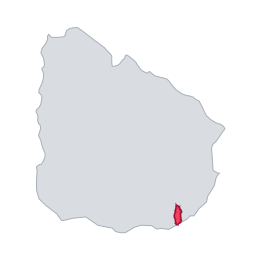 Aiguá, Maldonado, Uruguay shown in context, rotated 355°
{"feature_id": "84410073B87742847582616", "entity_name": "Aiguá", "entity_type": "district", "adm_level": 2, "iso_a3": "URY", "parent_name": "Uruguay", "parent_adm1": "Maldonado", "projection": "orthographic", "projection_center": [-54.554, -34.619], "detail": "fine", "context": "in_parent", "style": "filled", "palette": "rose", "viewbox_px": 256, "rotation_deg": 355, "n_neighbors": 0, "source": "geoboundaries", "source_scale": "gbopen_adm2", "svg_char_len": 4415}
<svg xmlns="http://www.w3.org/2000/svg" viewBox="0 0 256 256"><g transform="rotate(355 128 128)"><path d="M215.0,181.0L213.2,182.6L211.3,185.6L209.0,192.9L201.4,203.0L199.8,208.6L191.7,214.5L186.0,221.2L182.3,221.0L178.9,223.9L159.7,232.6L152.8,231.0L147.7,231.1L142.9,227.3L132.1,226.0L125.3,227.6L116.3,232.0L113.5,231.9L111.6,231.7L106.6,230.1L103.8,226.4L89.7,222.4L78.2,212.9L64.8,213.1L54.6,214.7L53.0,213.4L51.8,211.0L49.6,207.4L40.5,199.1L33.2,190.8L31.5,182.4L32.1,173.3L33.8,162.3L33.3,159.0L35.9,156.9L38.4,156.5L40.8,153.6L42.9,149.3L43.2,146.0L41.2,140.2L39.8,131.9L38.2,127.8L40.8,121.2L40.9,118.0L39.1,115.3L38.6,112.5L39.2,109.5L39.0,106.7L37.8,104.0L38.5,101.7L41.1,99.9L43.0,97.1L44.2,93.4L44.8,90.5L44.8,88.6L43.9,86.8L42.2,85.2L42.9,81.7L45.9,76.5L47.8,71.9L48.6,67.9L48.4,64.8L47.3,62.4L47.7,60.7L49.6,59.8L50.4,57.2L49.9,50.8L47.8,45.6L49.2,41.4L53.5,36.5L55.7,32.5L55.8,29.6L57.2,27.8L59.4,30.9L65.7,31.6L72.1,31.5L73.1,30.7L75.5,25.4L78.8,23.8L82.3,23.4L86.3,23.5L90.5,26.9L102.6,38.0L111.3,45.7L114.0,49.4L116.4,52.1L118.1,54.7L117.5,61.4L117.6,64.4L118.0,65.2L120.0,65.3L122.9,64.7L125.4,63.3L127.2,61.1L129.1,59.3L130.6,58.3L131.2,56.9L132.0,55.4L132.9,55.1L134.6,56.2L138.7,60.0L141.8,63.5L142.6,65.5L143.8,67.6L145.1,69.5L146.0,71.3L149.1,73.6L152.2,75.1L154.2,73.5L159.4,78.4L170.9,82.5L173.0,84.9L175.0,88.5L179.0,93.8L184.5,98.6L188.9,100.6L193.2,101.8L195.6,102.9L197.2,104.7L199.8,106.7L201.4,107.5L201.9,109.2L203.6,113.1L205.3,118.0L207.2,122.6L211.3,127.0L215.9,130.4L220.7,132.4L223.4,134.8L224.5,137.3L221.2,140.9L217.6,145.5L214.5,149.1L211.3,151.6L210.2,153.3L209.4,156.0L209.3,170.4L209.0,175.7L209.2,177.1L209.7,178.1L211.7,179.5L214.0,180.8L215.0,181.0Z" fill="#d9dde1" stroke="#a8b0b8" stroke-width="1"/><path d="M167.6,215.1L168.0,215.5L168.2,215.8L168.2,216.0L167.8,216.5L167.6,216.7L167.3,216.9L167.1,217.0L166.9,217.3L167.0,217.8L167.0,218.0L166.9,218.1L166.4,219.1L166.5,219.2L166.5,219.3L166.6,219.5L166.4,219.7L166.4,220.0L166.3,220.3L166.3,220.5L166.5,220.6L166.6,220.9L166.5,221.4L166.7,221.6L166.7,221.8L166.6,222.0L166.8,222.5L167.1,222.7L167.4,222.9L167.4,223.1L167.4,223.3L167.3,223.6L167.1,223.9L167.2,224.1L167.0,224.3L167.0,224.7L167.2,225.5L167.2,225.8L167.4,225.9L167.4,226.0L167.1,226.2L167.1,226.5L167.3,226.6L167.5,226.7L167.5,226.8L167.4,226.9L167.2,226.9L167.2,227.0L166.9,227.3L167.0,227.4L167.2,227.5L167.4,227.7L167.5,227.9L167.7,228.0L167.9,228.1L168.0,228.2L168.0,228.3L167.9,228.5L168.2,228.6L168.3,228.5L168.5,228.5L168.8,228.5L169.0,228.6L169.0,228.8L169.3,228.9L169.2,228.9L169.3,228.9L169.3,228.7L169.5,228.3L169.7,228.1L169.9,227.9L170.1,227.8L171.7,226.9L171.6,226.7L171.8,226.5L172.0,226.5L172.3,226.3L172.4,226.2L172.4,225.8L172.3,225.7L172.2,225.6L172.2,225.4L172.3,225.3L172.3,225.1L172.5,224.8L172.5,224.7L172.5,224.9L172.5,225.0L172.6,224.9L172.7,225.0L172.9,225.0L173.0,225.1L173.2,224.8L173.2,224.4L173.1,224.0L173.0,223.8L172.9,223.8L172.9,223.7L172.7,223.4L172.8,223.3L172.8,223.2L172.7,223.0L172.6,222.9L172.8,222.8L172.7,222.8L172.8,222.7L172.8,222.4L172.8,222.2L172.9,221.9L172.8,221.7L172.9,221.4L172.8,221.2L172.7,220.9L172.5,220.7L172.7,220.4L172.7,220.2L172.8,220.1L172.8,219.9L172.8,219.7L172.9,219.4L172.9,219.2L172.7,219.1L172.7,218.9L172.7,218.7L172.7,218.4L172.8,218.4L172.8,218.2L173.0,218.1L173.0,217.9L172.9,217.8L172.9,217.7L173.0,217.6L173.0,217.4L173.1,217.2L173.4,217.2L173.5,217.1L173.4,216.9L173.5,216.9L173.4,216.9L173.5,216.8L173.4,216.8L173.5,216.7L173.7,216.4L173.8,216.3L174.0,216.3L174.0,216.2L174.0,215.8L173.9,215.7L173.9,215.4L173.8,215.1L173.7,215.1L173.5,214.8L173.6,214.6L173.4,214.5L173.3,214.4L173.2,214.3L173.0,214.5L172.9,214.4L172.8,214.2L172.7,213.9L172.7,213.7L172.6,213.4L172.8,213.4L172.7,213.3L172.7,213.2L172.8,213.2L172.7,213.0L172.7,212.9L172.8,212.8L172.8,212.7L172.7,212.7L172.6,212.4L172.6,212.2L172.4,212.0L172.4,211.9L172.3,211.7L172.2,211.7L172.0,211.4L172.1,211.2L171.9,211.3L171.9,211.2L171.8,210.9L171.8,210.7L171.7,210.7L171.4,210.4L171.2,210.3L170.8,210.1L170.8,209.9L170.8,209.7L170.7,209.6L170.3,209.7L170.2,209.7L169.9,209.5L169.7,209.4L169.6,209.2L169.4,208.9L169.4,209.0L169.3,209.4L169.2,209.8L169.0,210.0L168.9,210.2L168.9,210.7L169.0,211.9L168.9,212.1L168.7,212.2L168.7,212.4L168.4,212.8L168.6,213.3L168.5,213.5L168.1,213.8L167.9,214.1L167.9,214.3L167.8,214.6L167.7,214.6L167.7,215.0L167.6,215.1Z" fill="#f43f5e" stroke="#9f1239" stroke-width="1.5"/></g></svg>